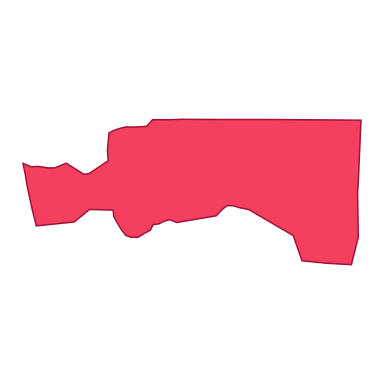 Barão, Rio Grande do Sul, Brazil
{"feature_id": "56859067B63492372460068", "entity_name": "Barão", "entity_type": "district", "adm_level": 2, "iso_a3": "BRA", "parent_name": "Brazil", "parent_adm1": "Rio Grande do Sul", "projection": "mercator", "projection_center": [-51.523, -29.392], "detail": "fine", "context": "isolated", "style": "filled", "palette": "rose", "viewbox_px": 384, "rotation_deg": 0, "n_neighbors": 0, "source": "geoboundaries", "source_scale": "gbopen_adm2", "svg_char_len": 861}
<svg xmlns="http://www.w3.org/2000/svg" viewBox="0 0 384 384"><path d="M361.0,120.2L327.6,119.9L298.5,119.7L267.8,119.5L230.8,119.5L224.0,119.5L182.2,119.3L170.1,119.7L160.5,119.7L152.5,119.7L146.6,126.3L139.9,126.8L132.1,127.1L126.4,126.8L119.4,128.5L113.1,130.7L109.0,133.0L107.4,150.1L108.2,160.7L89.2,173.5L83.9,174.3L66.2,163.2L54.7,167.9L48.2,167.9L38.0,166.4L31.4,166.8L23.0,163.4L25.4,175.1L26.9,184.6L31.7,207.3L36.3,225.9L74.2,222.0L81.2,216.3L89.5,209.5L113.1,210.1L113.8,216.3L116.8,222.2L121.8,230.3L125.7,235.3L130.7,237.2L137.8,237.4L144.9,233.1L150.3,230.3L153.0,224.7L158.8,223.9L163.7,221.4L169.7,219.7L176.7,222.5L216.3,215.8L221.6,210.0L227.1,205.7L232.9,205.7L239.9,207.8L248.6,209.5L293.3,235.6L302.0,260.8L325.8,263.2L351.4,264.7L358.3,237.2L357.6,192.0L358.3,182.0L361.0,120.2Z" fill="#f43f5e" stroke="#9f1239" stroke-width="1.5"/></svg>